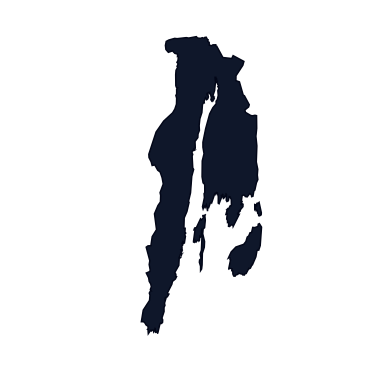 Molde nor, Møre og Romsdal, Norway, rotated 294°
{"feature_id": "86288312B46732094957179", "entity_name": "Molde nor", "entity_type": "district", "adm_level": 2, "iso_a3": "NOR", "parent_name": "Norway", "parent_adm1": "Møre og Romsdal", "projection": "orthographic", "projection_center": [7.48, 62.76], "detail": "fine", "context": "isolated", "style": "filled", "palette": "ink", "viewbox_px": 384, "rotation_deg": 294, "n_neighbors": 0, "source": "geoboundaries", "source_scale": "gbopen_adm2", "svg_char_len": 6121}
<svg xmlns="http://www.w3.org/2000/svg" viewBox="0 0 384 384"><g transform="rotate(294 192 192)"><path d="M52.9,198.5L53.8,200.6L53.1,202.5L51.9,204.0L51.4,206.4L49.4,207.5L48.5,207.2L48.5,207.7L44.8,209.7L48.7,210.4L48.4,211.3L49.6,211.6L49.9,212.8L48.8,213.7L53.1,213.6L49.1,215.4L49.0,216.0L50.2,217.0L49.1,217.9L49.3,218.1L57.6,216.5L59.6,216.6L59.8,216.9L59.6,217.7L61.0,218.1L63.3,217.2L64.6,215.8L71.4,215.1L75.1,213.4L77.4,213.4L79.3,212.1L83.8,211.5L82.9,211.0L83.4,210.7L84.7,210.6L86.2,212.1L89.3,212.4L89.1,211.4L90.2,210.6L99.6,211.1L102.4,210.5L105.7,212.2L108.3,212.3L108.1,211.5L109.6,211.0L109.2,211.5L110.7,210.2L110.4,210.0L111.2,209.0L119.6,209.8L126.4,207.2L126.9,208.0L128.3,208.6L127.4,208.1L127.1,206.9L129.7,206.7L130.4,207.8L130.1,208.0L130.7,208.0L131.2,207.1L131.6,207.4L131.3,206.7L131.6,206.4L133.6,206.8L133.4,206.2L133.9,205.8L135.1,206.7L135.5,206.3L135.2,205.4L136.8,205.8L137.9,204.8L140.0,205.1L140.9,203.8L143.9,203.7L141.3,204.8L142.3,205.8L148.5,204.1L148.3,203.3L148.8,203.9L150.4,202.6L151.9,203.0L152.6,201.8L156.1,200.5L155.7,199.3L165.2,195.4L172.1,195.3L181.4,193.5L182.0,192.6L190.6,191.0L206.2,185.4L213.3,184.3L214.3,182.9L224.7,177.6L226.8,177.3L227.4,176.3L228.9,175.7L230.0,175.7L230.5,176.7L230.9,177.0L230.5,176.1L232.1,176.1L231.9,176.7L232.2,177.1L233.5,177.1L239.4,174.2L244.1,175.2L247.5,173.9L251.3,173.7L255.6,171.5L262.1,169.4L268.6,168.7L276.1,166.0L277.8,166.1L278.4,167.0L279.0,166.6L278.8,166.3L283.6,165.9L282.3,167.9L283.7,168.5L285.6,168.3L287.3,167.0L286.9,166.0L287.7,165.8L287.5,166.6L288.7,166.1L290.1,167.1L290.3,167.6L288.9,167.9L289.1,168.9L286.1,171.3L284.0,171.7L283.2,172.9L284.2,173.0L283.5,174.0L286.2,174.3L286.2,174.9L286.7,173.6L287.7,173.7L287.6,173.0L288.1,172.8L287.7,172.0L293.8,171.4L301.1,169.0L302.6,169.6L302.3,169.1L302.8,168.2L305.9,166.5L305.9,167.1L306.4,167.2L305.3,168.5L304.2,168.3L304.8,168.7L301.1,171.3L300.1,172.9L298.8,172.7L297.8,174.3L295.1,174.4L290.9,176.7L286.8,177.5L284.7,177.1L282.4,178.2L277.5,176.8L270.5,176.4L255.5,178.7L242.0,181.7L237.3,183.8L231.9,187.4L224.6,188.7L210.0,195.0L204.9,198.4L204.7,198.9L205.1,199.3L203.3,200.9L196.7,203.9L195.4,203.7L191.9,205.6L182.8,207.6L181.1,209.0L183.9,208.8L184.4,209.2L183.2,210.3L186.2,210.4L180.8,214.0L183.9,212.8L184.3,213.6L189.6,213.2L190.3,213.7L190.0,214.4L200.0,213.4L200.6,214.0L199.8,214.7L201.6,214.7L201.7,215.5L198.4,217.9L192.5,220.5L192.3,221.5L199.6,221.1L200.8,220.1L201.4,220.9L203.1,221.1L201.2,221.3L198.9,223.3L199.9,223.8L202.0,223.0L201.2,223.6L201.3,224.4L204.1,223.8L204.0,224.5L198.4,226.6L197.5,227.8L198.8,228.8L202.9,227.8L203.1,228.6L201.0,231.0L196.1,233.3L194.9,233.1L194.9,232.5L191.0,232.2L191.7,230.8L191.2,231.6L189.8,230.9L189.6,231.5L185.4,232.1L186.2,233.1L181.4,234.7L180.6,235.9L178.5,236.9L179.3,237.9L175.5,239.3L175.7,240.3L178.2,241.4L178.3,243.0L177.3,243.6L190.3,244.2L189.9,243.8L190.3,242.9L191.4,243.2L191.4,242.5L192.7,243.2L193.8,242.8L193.8,243.6L194.4,243.8L194.8,243.2L199.3,244.5L201.6,243.6L201.7,242.6L200.6,242.5L200.6,241.9L203.5,241.6L203.1,241.0L208.9,239.3L210.1,240.0L210.3,241.5L209.5,242.5L210.0,244.4L214.2,245.4L213.5,247.3L212.0,248.4L212.9,249.4L218.0,248.1L219.3,248.6L226.6,247.1L230.1,247.1L234.0,244.8L239.5,242.8L245.6,238.5L260.5,232.5L268.9,227.7L276.5,225.2L288.0,219.9L287.7,218.3L286.3,216.4L285.8,214.6L286.5,208.5L288.4,206.9L292.7,209.1L295.0,208.8L301.2,200.8L301.4,199.3L311.9,190.5L311.6,186.8L316.1,184.9L328.4,186.9L332.4,186.3L333.3,174.1L330.1,174.0L327.4,165.5L335.3,155.2L335.3,153.8L336.1,153.7L334.9,151.2L333.4,150.2L333.5,149.2L333.1,148.1L335.7,146.8L335.9,145.2L337.6,144.8L337.5,144.2L339.2,142.0L338.3,140.7L337.3,140.6L337.2,138.7L335.8,137.2L334.9,134.4L335.7,132.8L331.3,126.4L330.7,124.0L326.0,116.0L325.3,113.7L321.4,109.0L319.1,107.2L315.1,108.1L311.6,110.2L310.0,113.6L313.0,116.8L311.7,119.9L312.1,122.8L309.9,123.6L310.3,124.1L309.8,124.6L306.4,125.7L304.3,125.5L303.5,127.2L300.7,127.2L300.2,128.2L296.7,127.9L292.5,129.4L282.5,134.0L281.1,135.4L281.3,136.5L279.6,136.2L275.3,138.1L273.6,138.0L271.5,139.8L265.9,142.1L260.8,142.6L256.4,142.1L245.3,137.3L232.2,134.8L209.0,137.2L206.0,138.7L202.9,142.5L200.0,144.8L201.6,147.0L198.0,151.8L197.3,154.8L192.9,158.9L187.6,162.5L178.4,163.1L176.1,164.8L170.1,167.2L165.8,166.4L156.8,166.6L143.2,174.9L135.0,173.8L126.2,176.3L124.9,173.7L123.0,172.6L112.1,181.4L108.3,182.4L103.8,185.5L102.2,185.8L99.4,183.2L96.0,187.3L92.9,189.3L91.2,191.7L88.9,193.4L86.0,193.6L85.1,194.9L84.9,194.3L82.3,194.1L80.6,195.6L75.7,197.3L64.3,195.5L52.9,198.5ZM153.2,252.2L146.4,252.1L147.2,252.7L147.1,253.8L145.7,254.2L145.7,254.8L137.1,256.7L136.7,257.0L137.7,257.7L138.1,259.8L136.4,260.3L136.7,260.7L136.4,261.4L133.7,262.7L132.2,264.3L132.6,265.6L134.2,265.9L135.4,267.4L136.7,267.4L137.4,271.5L136.9,272.1L137.5,273.6L138.4,273.4L139.6,274.6L145.2,275.0L145.0,275.4L146.2,276.3L150.7,276.4L150.5,276.8L158.8,276.7L164.8,275.2L165.8,275.7L166.0,276.6L170.8,276.1L188.2,269.8L190.5,266.4L189.5,265.6L188.0,266.2L186.8,265.7L185.0,263.8L184.4,261.9L179.2,262.9L178.4,261.6L174.9,261.7L173.3,260.8L168.7,261.4L165.2,260.5L159.6,254.5L153.2,252.2ZM159.6,209.1L158.2,209.2L158.6,209.9L158.2,210.3L147.6,213.4L147.1,213.7L147.4,213.9L147.1,214.5L148.7,214.6L148.0,215.2L148.6,215.4L148.1,216.1L149.8,216.5L150.5,217.8L150.1,218.2L150.6,218.3L150.1,218.7L154.4,217.3L154.0,218.0L155.1,218.4L161.8,216.1L161.7,216.7L142.6,224.3L138.4,224.7L136.3,226.3L138.7,226.4L136.0,227.6L133.0,226.6L130.8,227.3L127.7,230.0L123.7,231.8L125.5,232.1L129.4,230.9L140.2,226.4L146.5,225.7L151.9,223.6L158.2,218.8L162.8,217.2L164.5,218.0L171.7,215.6L175.7,213.3L177.2,213.6L174.9,212.6L174.7,212.2L175.1,211.8L174.9,211.5L174.0,212.0L174.1,212.5L173.7,212.9L173.0,212.9L170.3,211.8L170.9,210.7L161.3,210.5L160.5,209.5L159.3,209.7L159.6,209.1ZM206.3,255.5L206.1,254.4L201.9,256.3L202.9,256.5L200.9,258.2L201.7,259.1L199.3,260.7L199.2,261.4L197.5,262.6L197.5,263.1L198.3,263.9L199.5,263.8L199.5,264.4L201.2,263.8L209.8,257.5L208.5,257.0L208.4,256.2L208.0,255.9L204.8,256.9L206.3,255.5Z" fill="#0f172a" stroke="#020617" stroke-width="1.5"/></g></svg>